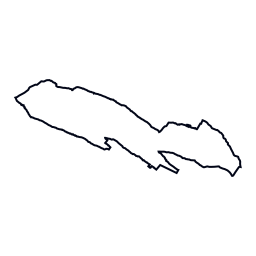 Contla de Juan Cuamatzi, Tlaxcala, Mexico (Mercator projection)
{"feature_id": "50627088B55272636333464", "entity_name": "Contla de Juan Cuamatzi", "entity_type": "district", "adm_level": 2, "iso_a3": "MEX", "parent_name": "Mexico", "parent_adm1": "Tlaxcala", "projection": "mercator", "projection_center": [-98.137, 19.32], "detail": "fine", "context": "isolated", "style": "outline", "palette": "ink", "viewbox_px": 256, "rotation_deg": 0, "n_neighbors": 0, "source": "geoboundaries", "source_scale": "gbopen_adm2", "svg_char_len": 5799}
<svg xmlns="http://www.w3.org/2000/svg" viewBox="0 0 256 256"><path d="M25.5,109.0L26.5,110.0L27.1,111.4L28.0,112.5L28.6,114.0L29.4,115.1L30.1,116.3L30.6,116.7L31.1,117.3L31.6,117.1L32.4,117.5L33.5,117.8L34.4,118.4L38.5,119.5L39.4,120.2L40.9,120.5L42.9,121.4L45.0,122.8L46.4,123.5L48.6,125.0L50.7,125.9L51.6,126.6L52.5,127.0L53.8,127.1L54.7,127.5L55.5,127.6L56.2,127.9L56.7,128.4L58.9,129.1L60.2,129.4L61.0,129.4L61.5,129.7L62.2,129.7L62.4,130.0L63.1,130.1L64.1,130.6L65.0,131.4L66.0,131.7L66.5,132.2L67.2,132.3L67.5,132.7L68.0,132.7L69.0,133.1L69.6,133.6L69.9,133.6L70.6,133.5L71.2,134.1L72.2,134.6L72.8,134.6L73.0,134.3L73.9,135.1L75.1,135.3L75.3,135.9L76.4,135.9L77.0,136.6L78.2,136.6L79.1,137.0L81.5,137.3L83.3,138.0L85.4,139.1L86.5,140.1L87.3,140.5L88.0,141.6L88.4,141.9L89.8,142.2L90.8,143.3L92.4,144.0L93.4,144.7L94.6,145.3L96.7,145.7L98.9,146.8L99.4,146.8L100.1,147.4L100.8,147.7L101.4,148.1L102.9,148.6L104.3,149.5L105.8,149.1L106.1,148.8L106.8,148.8L107.6,148.9L108.9,149.5L110.4,147.3L110.1,147.0L109.3,146.4L109.2,146.0L108.5,145.4L108.1,145.4L107.9,144.9L106.6,143.9L105.6,143.4L105.2,143.0L107.4,140.3L107.3,139.8L105.6,138.8L105.3,138.3L105.2,137.9L105.9,137.9L107.0,138.4L107.6,138.3L108.2,138.6L109.9,138.8L111.6,139.6L112.1,139.6L112.8,139.3L113.5,139.4L116.8,141.3L118.7,143.2L122.4,146.2L122.7,147.0L123.2,147.5L123.9,147.9L125.1,148.2L126.6,149.5L128.4,150.6L129.3,151.6L130.0,152.0L131.0,153.1L132.0,153.6L132.4,153.8L132.7,154.1L133.5,154.0L133.9,154.1L135.7,155.4L136.0,155.9L137.2,156.1L137.4,156.3L137.9,156.5L138.8,156.3L139.2,156.5L140.9,158.2L141.9,158.9L142.2,159.5L142.9,160.3L143.4,160.1L143.7,160.1L144.1,160.7L144.5,161.0L146.5,162.4L146.9,162.4L147.4,163.0L148.7,163.8L148.9,164.1L149.6,164.3L149.9,164.6L148.3,166.3L149.5,167.4L149.8,167.0L150.6,167.6L151.8,166.1L153.8,167.4L154.1,167.6L154.0,167.8L156.3,169.6L160.2,165.0L176.6,173.0L178.3,170.0L177.7,169.8L176.9,169.3L174.8,167.8L173.6,166.8L170.3,164.6L169.0,163.5L168.3,162.4L167.1,161.4L166.4,161.1L166.1,160.8L166.3,160.1L165.9,159.6L165.5,159.4L165.4,159.0L164.9,158.5L164.8,157.6L164.5,157.4L163.8,156.5L163.2,156.3L160.6,153.1L160.1,152.8L159.4,152.8L158.7,152.0L158.6,151.6L163.9,151.7L164.9,151.8L166.4,152.3L168.6,152.2L169.8,152.6L171.1,152.8L172.2,152.8L173.8,153.3L174.8,154.0L176.6,154.8L177.7,155.5L179.0,155.7L180.8,156.5L182.0,157.4L182.5,158.1L184.7,158.2L185.1,158.6L186.0,159.1L187.0,159.1L187.9,159.4L189.4,159.5L190.3,160.0L191.0,160.2L194.7,160.4L195.5,161.7L197.3,163.0L198.5,163.7L199.9,165.1L200.5,165.2L201.9,166.3L203.5,167.2L204.4,167.2L207.2,166.4L209.5,166.9L213.9,166.8L216.3,166.6L217.2,166.5L218.9,166.4L219.8,167.3L220.6,167.7L222.6,168.5L224.7,169.1L227.5,170.4L229.8,172.4L231.2,174.3L231.9,175.7L232.1,175.9L232.8,175.8L233.3,175.4L235.6,171.8L238.9,167.1L239.6,166.8L240.6,167.0L240.2,165.0L240.1,163.4L240.2,161.9L240.1,161.2L239.8,160.3L239.0,159.2L238.5,158.2L238.3,157.2L238.1,156.8L237.4,156.5L234.9,155.8L234.3,155.4L233.7,154.7L233.1,153.0L231.1,149.2L229.9,146.5L227.9,144.5L228.0,143.1L226.2,141.4L226.0,141.0L225.8,139.8L225.6,139.4L224.9,138.7L223.8,138.3L223.6,138.0L223.2,136.8L223.3,135.8L223.1,135.4L221.4,133.2L221.1,132.9L219.8,132.4L218.7,131.1L217.3,130.0L216.9,130.1L215.9,129.8L212.0,128.2L211.6,127.7L211.3,127.1L210.6,126.0L208.4,124.5L207.4,123.0L207.1,122.7L206.4,122.1L204.5,121.0L203.7,120.8L202.7,120.2L202.5,120.3L202.6,120.9L202.0,121.6L201.5,122.7L201.2,123.7L200.3,123.6L197.0,129.2L196.7,129.2L196.3,129.1L195.4,128.1L195.0,128.0L194.5,128.4L193.5,128.0L191.6,127.7L191.1,127.5L190.6,127.1L190.4,125.7L190.0,125.4L188.8,125.2L187.9,124.8L187.6,124.8L187.8,125.1L188.6,125.4L188.9,125.7L188.9,125.9L188.6,126.4L189.0,126.9L188.9,127.0L187.9,126.5L187.2,126.3L184.9,125.0L183.7,124.8L181.8,124.1L181.6,124.2L179.8,124.3L179.9,124.5L179.2,124.8L178.5,124.5L178.1,124.5L177.7,124.7L176.3,123.9L175.6,123.2L174.6,123.3L173.5,122.7L172.9,122.6L170.6,122.7L169.2,122.6L168.6,122.6L166.5,125.9L166.0,126.2L164.8,126.4L164.6,126.5L163.1,128.0L161.7,129.9L160.1,131.6L159.1,132.1L158.3,130.6L156.9,129.7L155.3,129.1L153.9,128.1L151.7,127.1L151.3,126.8L150.3,125.2L149.1,123.9L146.9,122.0L145.5,121.4L143.0,119.7L141.5,119.0L141.3,118.7L140.4,118.3L140.0,117.8L139.5,117.7L138.7,117.0L137.6,116.6L137.2,115.8L136.6,115.5L136.3,115.1L135.7,114.7L135.5,114.2L134.2,113.2L133.8,112.8L133.4,112.6L132.5,111.9L132.0,111.3L131.6,111.1L131.0,111.1L130.5,110.6L130.2,110.1L129.6,109.4L126.7,107.3L126.4,106.8L125.9,106.2L124.3,105.5L122.8,105.2L121.6,105.3L120.8,104.7L119.8,104.3L118.5,103.4L116.2,102.2L115.9,101.4L114.9,101.0L114.2,100.4L113.6,100.2L113.2,99.7L112.6,99.7L111.5,99.4L111.0,99.5L110.7,99.1L109.7,99.0L109.5,98.7L109.1,98.5L108.2,98.3L108.1,98.1L107.8,98.0L106.5,97.5L105.7,97.0L104.4,96.5L103.6,96.3L100.4,94.9L99.8,94.9L98.0,94.1L95.2,93.6L94.5,93.1L94.3,93.0L93.8,93.4L93.5,92.8L93.2,92.6L91.9,92.3L91.4,92.0L90.9,91.8L90.3,91.9L89.8,91.7L89.1,91.3L88.1,91.1L87.4,90.4L86.6,90.2L86.0,89.8L85.6,89.6L84.6,89.3L83.5,88.6L82.7,88.7L81.9,88.2L78.5,87.2L77.2,87.1L76.1,87.4L74.5,88.5L73.7,88.7L73.5,88.8L72.6,90.1L72.0,90.1L71.6,89.3L71.0,89.0L70.0,88.9L68.5,88.2L67.3,88.3L64.8,87.8L64.4,87.9L63.0,87.8L59.8,87.1L58.0,87.0L56.7,86.4L56.2,85.9L56.4,84.4L56.3,84.0L55.4,83.6L55.3,83.2L55.0,82.9L53.6,82.5L53.0,82.2L52.6,81.7L51.4,80.8L50.8,80.9L49.5,80.1L48.9,80.2L48.1,80.1L46.4,80.3L44.2,81.4L43.4,81.5L41.3,81.3L37.2,84.7L36.9,84.8L35.3,84.7L30.0,87.1L29.2,87.9L28.2,89.9L24.5,92.7L22.7,93.7L19.3,95.5L17.0,97.1L15.4,97.6L15.6,97.9L16.4,99.8L17.0,101.0L18.8,102.4L19.4,103.0L20.3,103.3L20.9,103.9L21.0,104.3L21.5,104.5L21.3,104.7L21.4,105.0L22.2,105.2L22.9,105.6L23.1,105.6L23.4,105.2L23.6,105.2L23.8,106.1L24.5,106.8L24.6,107.1L24.4,107.5L24.8,107.8L24.8,108.3L25.3,108.5L25.5,109.0Z" fill="none" stroke="#020617" stroke-width="2"/></svg>